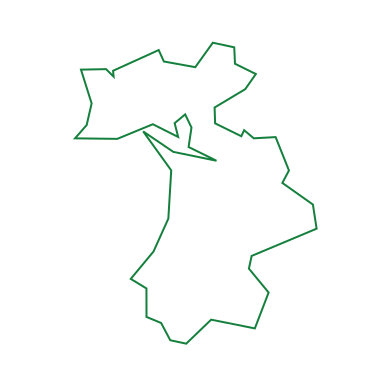 SVG path tracing the border of Setúbal, rotated 9°
{"feature_id": "PRT-5498", "entity_name": "Setúbal", "entity_type": "District", "adm_level": 1, "iso_a3": "PRT", "parent_name": "Portugal", "parent_adm1": "", "projection": "robinson", "projection_center": [-8.638, 38.295], "detail": "coarse", "context": "isolated", "style": "outline", "palette": "green", "viewbox_px": 384, "rotation_deg": 9, "n_neighbors": 0, "source": "natural_earth", "source_scale": "10m", "svg_char_len": 745}
<svg xmlns="http://www.w3.org/2000/svg" viewBox="0 0 384 384"><g transform="rotate(9 192 192)"><path d="M166.6,322.5L162.1,294.4L145.1,287.4L163.3,256.8L172.8,222.0L168.1,173.9L134.3,139.8L167.3,155.3L211.3,157.3L181.6,148.1L181.4,128.4L173.1,116.4L164.1,126.7L169.7,139.8L142.7,131.2L109.9,151.2L68.1,157.3L77.5,142.3L79.0,120.2L63.2,88.5L87.9,84.1L96.5,90.3L95.1,84.6L136.9,57.0L143.8,67.5L175.7,68.2L189.2,41.3L211.1,42.5L214.4,58.6L236.6,65.5L228.5,82.1L201.1,105.0L204.1,120.6L232.0,129.2L233.8,122.8L244.6,129.3L266.0,124.7L284.4,155.6L279.8,168.9L313.4,185.5L320.8,208.7L260.9,245.8L260.2,258.8L283.4,279.3L275.4,316.9L230.9,315.1L210.0,342.7L193.7,341.8L182.0,326.2L166.6,322.5Z" fill="none" stroke="#15803d" stroke-width="2"/></g></svg>